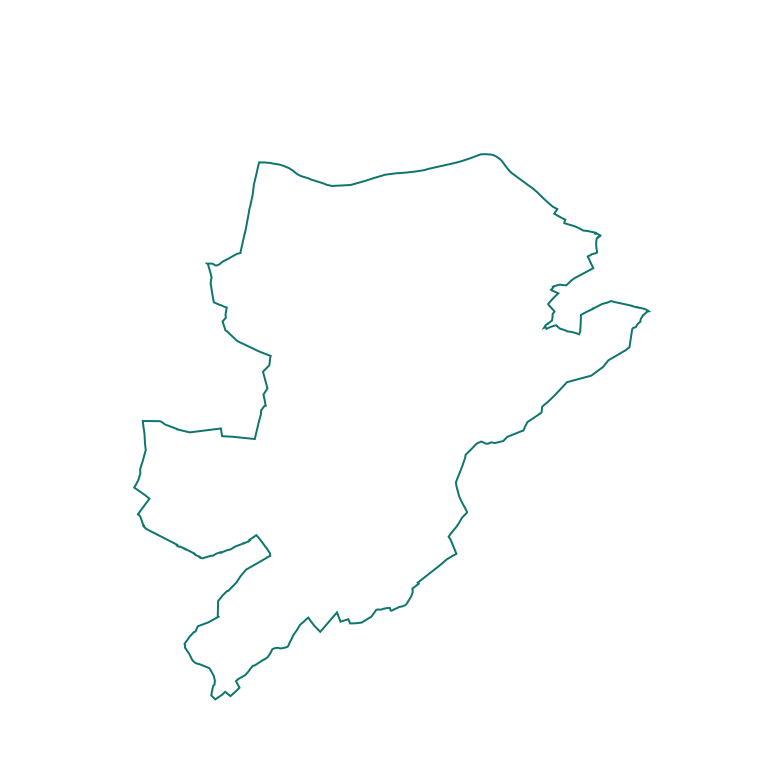 outline of Kūku pag., Krustpils, Latvia, rotated 162°
{"feature_id": "27541924B42844241256431", "entity_name": "Kūku pag.", "entity_type": "district", "adm_level": 2, "iso_a3": "LVA", "parent_name": "Latvia", "parent_adm1": "Krustpils", "projection": "orthographic", "projection_center": [26.01, 56.519], "detail": "fine", "context": "isolated", "style": "outline", "palette": "teal", "viewbox_px": 768, "rotation_deg": 162, "n_neighbors": 0, "source": "geoboundaries", "source_scale": "gbopen_adm2", "svg_char_len": 6130}
<svg xmlns="http://www.w3.org/2000/svg" viewBox="0 0 768 768"><g transform="rotate(162 384 384)"><path d="M139.1,343.3L131.2,359.1L130.7,359.7L130.1,360.2L129.3,360.4L128.1,360.2L126.6,360.5L125.0,362.0L123.1,363.3L122.0,363.5L121.4,364.1L121.0,364.0L119.7,366.5L116.2,369.5L115.6,369.4L114.9,369.9L111.7,371.3L111.6,371.5L110.9,371.7L110.5,371.4L109.7,371.3L110.4,372.4L113.1,375.0L117.9,377.8L118.0,377.7L119.4,379.0L119.8,378.7L124.2,381.6L124.1,381.8L140.7,391.5L141.5,392.2L141.9,392.3L142.4,392.7L146.5,392.4L151.8,392.7L160.9,391.2L162.0,391.3L162.0,390.9L169.0,390.0L174.2,389.1L175.3,388.8L178.5,380.1L180.9,374.1L181.0,373.6L181.5,372.9L183.1,371.0L186.6,373.7L190.1,375.9L193.5,377.4L193.9,378.1L195.1,379.1L199.9,382.6L202.0,386.6L204.2,386.8L207.6,386.8L210.9,386.5L212.4,386.2L212.8,387.9L212.7,388.3L214.3,388.1L212.1,390.0L209.6,390.9L209.5,390.7L204.5,392.5L202.9,395.9L202.3,397.8L201.9,398.5L199.5,400.1L199.5,400.5L200.7,403.2L202.8,408.0L203.1,408.4L203.1,409.4L196.2,413.5L190.2,416.4L195.6,421.3L196.0,422.0L194.1,422.9L193.1,423.7L193.2,424.1L193.3,424.3L192.1,424.5L186.4,424.2L185.5,424.0L184.2,423.2L180.1,421.5L174.2,424.4L170.3,425.7L149.2,429.5L150.8,442.3L150.2,442.5L147.6,442.7L146.6,443.2L142.8,443.0L140.7,443.2L139.6,449.4L139.2,450.9L138.6,452.3L138.3,453.4L137.1,456.1L136.6,456.7L135.9,456.8L135.5,457.2L135.4,457.0L135.0,457.1L134.3,457.7L133.2,457.6L132.3,458.3L135.0,461.3L136.0,461.9L136.2,461.5L136.7,461.7L136.0,462.5L143.1,466.6L147.3,468.5L149.2,470.8L153.5,474.8L162.8,481.2L162.5,482.0L160.9,484.3L164.1,487.5L169.5,493.4L165.1,496.8L168.7,500.5L171.0,504.2L174.7,510.7L178.7,518.5L181.9,523.8L186.1,529.5L197.6,545.5L198.8,547.9L200.0,550.7L201.3,554.6L202.3,557.6L203.1,560.1L204.4,562.3L206.3,564.9L208.2,567.0L210.3,568.6L211.5,569.2L215.6,570.9L220.7,572.5L234.3,572.0L242.6,572.0L249.2,572.4L274.4,574.8L280.0,575.0L289.7,576.6L296.6,578.0L308.1,580.8L318.4,582.7L331.0,583.0L339.3,583.0L354.3,583.6L372.2,588.4L377.0,591.2L379.8,593.6L389.9,600.8L392.9,603.4L398.9,607.5L401.9,610.7L404.8,615.2L407.8,618.8L412.0,622.4L415.6,625.0L419.7,627.0L423.6,629.2L429.3,631.7L432.0,632.5L434.1,633.4L436.2,630.4L439.4,624.9L446.1,613.9L450.5,604.4L454.7,597.2L456.4,594.2L457.7,592.4L459.8,588.3L468.1,573.1L469.4,570.9L469.5,571.0L479.6,553.9L480.0,552.9L483.5,553.2L484.2,553.1L492.8,551.4L498.6,550.4L499.8,550.2L503.8,548.6L505.9,548.4L507.4,548.7L507.9,549.0L508.3,549.5L509.1,550.6L510.3,551.6L514.9,553.1L514.4,552.3L514.7,543.5L515.1,538.4L516.4,536.4L517.9,532.8L518.3,529.7L519.1,525.3L519.8,520.3L520.6,514.3L516.4,510.5L514.8,509.4L512.1,506.9L510.0,505.3L513.4,498.7L513.8,496.0L518.2,493.4L518.2,483.9L517.1,482.7L510.3,470.2L494.2,454.9L490.8,451.9L483.1,445.7L484.5,443.4L485.5,441.0L487.3,437.2L495.3,433.1L496.2,415.9L501.9,411.2L502.6,404.4L503.2,400.8L503.1,399.9L504.9,399.8L509.1,396.8L510.2,393.5L514.9,386.4L523.9,371.6L544.5,380.7L554.1,384.4L552.9,392.1L583.6,398.0L584.7,398.6L594.6,404.7L594.4,404.9L604.6,413.0L607.6,417.2L609.4,418.2L624.9,423.3L626.2,416.6L626.5,414.3L627.5,409.4L629.6,401.7L631.0,394.8L637.0,385.7L642.3,378.2L643.3,374.4L647.1,368.8L650.2,365.7L653.6,362.7L645.7,352.3L642.5,347.4L657.4,336.8L657.3,336.7L658.3,336.0L657.5,335.1L657.0,334.0L656.7,332.9L656.6,326.8L656.5,324.6L656.0,323.4L656.4,323.2L657.0,324.4L656.5,322.8L656.1,321.9L655.6,320.9L654.6,319.5L654.7,319.4L653.5,318.2L630.3,294.9L631.0,294.3L629.1,292.4L628.8,292.6L628.3,292.5L625.2,289.8L625.4,289.6L624.1,288.2L623.9,288.5L616.4,281.0L616.8,280.6L615.3,278.8L612.6,276.7L613.0,276.0L610.5,274.3L601.4,274.1L599.9,273.5L596.3,274.4L594.3,274.5L591.2,274.5L591.1,273.8L589.4,274.1L584.7,274.4L581.0,274.1L578.8,274.7L575.3,275.4L568.7,275.7L566.8,276.1L566.7,275.7L561.8,276.2L561.7,276.0L559.8,276.7L560.1,277.3L552.2,279.7L551.1,277.4L549.4,272.9L549.0,272.0L546.8,264.9L546.4,264.3L544.8,258.1L545.3,255.7L548.8,255.2L550.4,254.7L572.7,250.0L580.0,245.4L585.6,240.9L586.4,240.4L596.2,235.3L597.0,235.7L602.4,233.0L608.8,228.9L613.8,214.7L613.3,213.8L624.6,211.6L636.0,211.1L639.0,207.7L639.4,207.1L639.8,206.8L641.5,206.8L648.0,203.1L649.6,201.6L651.8,200.3L652.5,199.6L653.9,198.6L654.1,198.3L653.7,197.1L654.4,196.1L654.7,194.4L654.3,193.8L654.2,192.9L652.7,187.8L651.7,181.2L651.1,179.4L649.6,177.0L647.2,175.1L646.1,174.6L638.3,168.1L638.0,167.6L637.3,165.5L636.1,159.0L636.5,154.1L638.1,150.5L639.8,149.6L641.2,147.3L644.5,141.2L642.0,136.2L634.2,138.4L630.2,140.3L626.5,134.6L618.9,138.0L615.3,139.8L616.6,147.1L614.0,148.4L605.7,150.1L602.8,151.8L597.2,155.7L596.0,156.5L593.8,156.3L583.6,159.1L583.4,158.9L580.9,159.5L578.9,160.2L576.8,161.8L573.7,164.6L572.6,165.9L572.2,166.2L570.5,166.5L567.9,166.3L566.3,165.8L564.6,164.7L563.8,164.4L562.0,164.1L558.8,163.8L557.0,163.9L556.4,164.2L555.9,164.5L553.5,167.4L550.3,170.4L548.8,172.3L547.7,173.3L543.7,176.2L538.3,180.8L536.7,181.6L534.2,182.5L531.7,183.8L528.2,185.2L527.2,182.0L525.1,175.9L521.9,169.3L521.2,168.0L499.3,181.3L498.8,171.4L490.6,171.3L490.4,169.6L490.3,166.8L485.7,165.4L482.2,164.6L478.9,164.0L469.8,166.2L468.3,166.3L461.3,171.5L460.1,171.6L456.5,170.3L453.9,170.4L450.0,169.9L447.5,169.0L447.7,166.9L447.6,166.5L447.1,166.2L446.2,166.1L443.0,166.7L440.6,166.8L438.8,167.3L435.9,166.9L432.4,167.0L431.1,167.5L430.0,168.3L424.3,173.1L422.5,175.1L421.1,177.0L420.6,178.6L420.5,179.5L420.1,180.8L417.4,181.6L412.7,183.3L413.4,184.6L391.5,192.6L390.6,193.0L390.2,193.0L387.9,193.9L378.5,197.8L371.2,199.5L367.6,200.1L368.8,215.7L369.7,218.8L366.2,221.4L361.9,224.2L360.1,225.2L355.9,228.4L351.2,232.7L344.9,236.0L344.6,237.3L345.3,241.4L346.0,244.9L347.0,251.4L347.2,254.2L346.7,264.2L346.0,268.3L335.3,281.2L329.6,288.8L328.2,291.5L321.3,294.9L314.7,298.5L313.4,298.8L309.4,299.2L309.1,299.1L307.7,297.9L305.7,295.9L304.3,295.3L303.3,295.1L300.0,295.4L296.9,293.6L288.1,292.9L283.2,295.6L268.8,296.6L267.0,296.7L265.9,296.6L261.7,301.2L259.1,303.6L251.2,305.7L243.3,308.1L242.6,308.9L240.7,313.3L240.3,313.7L233.3,316.5L225.3,320.4L210.4,328.6L209.6,329.2L184.3,327.9L170.2,332.6L163.2,337.2L143.5,341.5L139.3,343.1L139.1,343.3Z" fill="none" stroke="#0f766e" stroke-width="2"/></g></svg>